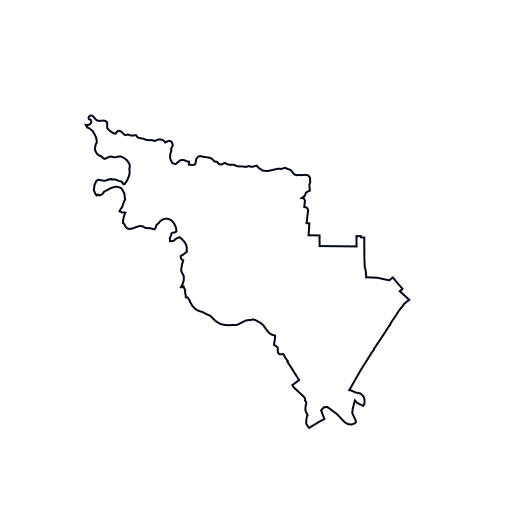 Adjud, Vrancea, Romania, rotated 158°
{"feature_id": "2599482B44927055134787", "entity_name": "Adjud", "entity_type": "district", "adm_level": 2, "iso_a3": "ROU", "parent_name": "Romania", "parent_adm1": "Vrancea", "projection": "albers", "projection_center": [27.21, 46.112], "detail": "fine", "context": "isolated", "style": "outline", "palette": "ink", "viewbox_px": 512, "rotation_deg": 158, "n_neighbors": 0, "source": "geoboundaries", "source_scale": "gbopen_adm2", "svg_char_len": 6121}
<svg xmlns="http://www.w3.org/2000/svg" viewBox="0 0 512 512"><g transform="rotate(158 256 256)"><path d="M348.1,439.1L351.6,440.4L352.0,440.7L352.9,441.8L353.5,442.8L354.6,446.2L355.4,447.6L356.3,448.1L357.5,448.2L358.4,447.8L359.3,447.1L359.7,446.1L359.6,445.4L359.3,445.0L358.7,444.7L358.2,444.2L358.1,443.4L358.5,441.9L359.2,441.1L360.8,440.4L362.1,440.3L362.9,440.4L364.7,441.3L364.4,438.5L362.3,436.2L360.7,433.1L360.4,431.9L360.1,429.4L359.9,425.8L360.0,424.9L360.4,423.1L361.1,420.8L362.2,420.1L363.2,419.0L365.3,415.7L365.6,414.6L365.3,411.3L365.2,410.5L364.1,408.4L361.8,406.0L361.2,404.3L360.2,402.9L359.4,402.7L354.8,402.9L353.9,402.8L352.6,402.2L351.9,401.5L349.6,400.2L347.2,399.9L344.8,399.3L343.4,398.3L341.9,396.6L340.0,393.6L339.7,392.6L339.1,390.3L339.0,388.2L339.2,387.0L339.8,385.7L340.9,384.1L341.5,381.7L342.5,379.6L343.5,378.1L347.2,374.3L350.9,371.9L351.3,371.9L351.7,372.0L352.1,372.4L352.2,372.8L352.4,374.3L352.6,375.1L353.1,375.6L354.2,376.4L355.0,376.8L356.8,378.8L358.5,380.1L360.9,380.7L361.1,381.6L361.6,381.8L363.0,381.7L363.6,382.2L364.3,382.3L365.1,382.1L368.1,382.4L371.0,384.0L373.1,385.6L375.6,385.5L376.6,384.9L377.6,383.7L379.2,382.4L380.2,380.2L381.0,379.4L381.7,377.4L381.6,373.5L381.5,372.9L381.0,371.8L379.8,372.3L379.1,371.8L378.5,370.8L377.1,370.8L375.5,370.9L374.0,371.6L372.9,372.5L372.2,372.6L365.3,373.3L362.3,373.1L359.6,372.6L358.9,372.3L357.1,370.9L355.8,369.6L355.5,369.1L355.1,367.7L354.9,366.0L354.7,363.4L355.0,361.8L356.0,358.8L355.9,358.1L356.3,357.2L357.6,356.3L360.1,353.5L361.2,352.0L364.0,350.1L365.8,348.5L363.5,346.2L362.1,346.0L360.8,345.1L362.2,343.8L364.5,341.2L365.2,339.6L366.1,338.8L366.3,337.9L366.9,336.4L366.2,335.0L366.1,333.6L365.7,331.1L364.5,329.3L363.3,328.5L360.4,327.8L357.5,327.7L356.4,327.8L355.3,327.6L353.1,327.5L352.2,327.2L349.8,325.8L348.0,323.4L343.9,321.5L340.1,318.7L338.4,319.9L336.6,322.1L334.3,322.8L331.4,324.3L330.6,324.5L328.3,324.8L326.1,324.5L324.7,324.0L323.0,322.9L321.9,321.7L321.0,320.5L320.4,319.1L319.9,317.2L319.6,314.7L319.6,312.2L319.8,311.1L320.7,308.5L322.5,308.3L324.7,308.8L325.9,308.6L327.3,306.6L329.2,305.0L330.2,301.9L327.6,301.1L326.4,301.0L324.0,301.9L322.8,302.1L319.7,302.0L318.0,298.6L316.9,295.3L316.6,291.4L317.1,289.8L318.5,285.9L323.2,284.5L324.6,284.5L325.8,284.2L326.1,283.5L326.4,281.6L326.3,280.9L325.9,280.0L325.1,279.2L327.9,275.7L328.4,274.7L330.0,272.3L330.7,271.0L330.9,269.6L330.8,267.3L330.6,266.0L330.5,265.2L330.8,263.5L331.3,262.3L332.1,260.6L333.3,259.0L334.5,257.6L337.3,255.1L337.0,254.9L335.2,254.9L334.6,255.0L334.5,254.9L334.7,253.3L334.5,251.6L334.7,250.3L335.5,248.4L335.9,245.8L336.6,244.1L336.4,243.7L336.0,243.6L335.1,243.4L334.8,242.9L334.3,240.3L334.3,237.9L333.8,234.7L333.8,233.8L332.3,230.1L331.1,228.0L328.1,225.2L327.5,225.0L323.2,220.1L321.2,218.2L320.4,216.8L317.9,211.0L316.1,208.3L314.9,206.9L313.6,205.6L310.6,203.7L307.3,202.1L302.4,200.4L300.9,199.7L299.2,199.2L289.8,200.0L286.8,199.4L285.2,198.7L282.8,198.4L280.8,197.1L277.0,192.4L275.5,189.7L275.1,188.6L274.1,184.4L272.8,180.1L272.4,179.3L270.8,177.1L268.2,175.1L268.7,173.5L272.6,166.9L270.8,164.3L270.2,162.7L271.6,159.4L271.7,158.7L271.7,157.8L271.2,156.4L270.7,155.9L270.3,155.7L267.5,154.9L267.2,154.1L266.9,150.3L265.9,146.6L266.5,146.4L262.5,124.8L270.7,122.7L269.9,118.8L269.6,118.7L264.6,108.1L263.8,105.5L264.7,103.6L264.3,102.3L264.4,100.9L266.0,98.6L267.2,96.4L268.0,94.2L268.1,92.3L267.8,90.8L267.8,89.1L268.9,88.1L270.0,86.5L271.3,83.9L272.2,81.9L272.0,79.8L271.6,78.4L271.2,78.0L271.1,76.7L259.7,78.6L253.6,79.3L253.5,88.4L249.8,90.3L246.4,89.3L240.1,79.0L236.6,70.0L235.6,67.9L233.2,65.3L230.6,64.0L229.0,63.8L227.2,63.9L225.7,64.4L225.3,65.1L225.3,67.5L225.6,74.3L223.6,78.1L218.4,85.0L217.6,82.7L216.7,81.3L212.7,76.9L211.0,78.2L209.9,80.5L209.1,82.7L208.9,84.7L209.2,86.3L210.1,88.4L211.1,89.7L214.8,92.2L217.5,95.0L219.7,96.7L202.5,110.3L184.2,123.6L181.8,124.9L181.1,125.9L164.9,136.9L159.1,141.1L158.1,141.7L157.4,141.8L157.2,142.1L157.1,142.4L155.8,143.6L148.7,148.3L144.1,151.7L140.1,153.9L136.2,156.3L130.3,158.0L135.9,169.5L133.4,170.2L132.5,170.8L135.1,178.2L137.2,184.9L141.5,183.5L151.7,190.4L160.9,194.6L161.9,194.9L161.1,196.8L159.6,202.1L159.3,205.1L155.9,214.5L148.7,232.6L151.7,233.9L151.8,234.1L151.4,235.2L155.4,236.8L159.2,227.2L193.3,241.4L189.4,251.3L199.5,255.5L194.3,266.3L196.8,267.5L190.4,279.2L190.4,279.5L190.5,280.5L190.8,281.7L191.2,282.2L192.9,283.3L189.9,289.0L190.1,291.8L191.8,292.6L189.5,293.3L188.3,293.4L186.2,295.8L186.0,296.0L183.7,296.4L181.5,296.4L180.1,301.6L177.7,304.8L177.5,306.3L176.8,307.4L176.7,309.0L177.1,310.5L177.9,311.6L179.9,312.8L184.2,314.2L185.5,314.9L187.8,315.6L189.4,316.7L190.4,318.5L191.4,322.1L191.8,322.9L194.0,324.8L196.0,326.9L200.3,327.3L201.1,328.0L203.6,328.8L211.2,330.0L213.4,330.5L214.9,331.1L218.1,332.9L218.9,334.5L220.3,336.3L221.6,339.6L226.3,340.1L227.9,341.2L228.4,341.8L229.3,342.1L231.2,342.2L232.7,342.8L235.7,344.5L237.1,344.9L239.8,346.3L240.7,347.0L241.9,348.5L243.6,349.5L245.7,350.1L246.7,350.9L247.9,351.5L248.7,352.2L249.8,353.9L250.8,354.0L253.4,353.7L254.9,354.4L255.7,355.0L256.5,356.4L256.8,357.7L257.7,358.4L258.9,359.0L260.4,362.4L261.1,363.5L263.4,365.3L266.9,367.2L270.4,369.6L272.2,369.8L272.7,369.7L274.0,368.8L275.0,368.4L277.6,364.3L278.3,363.8L279.4,363.7L280.2,363.9L284.0,365.8L282.8,368.5L284.0,369.2L286.9,371.9L287.6,372.3L289.5,373.0L291.0,373.0L296.1,371.3L298.7,373.4L299.1,376.9L298.9,379.0L298.6,380.1L297.4,382.3L296.6,383.6L295.0,385.3L295.0,385.9L294.1,387.8L292.9,388.5L291.8,389.7L291.4,391.6L291.5,393.4L292.4,394.6L293.3,395.2L294.2,395.5L297.6,395.2L297.8,396.4L299.1,398.4L299.8,399.1L301.3,400.1L302.8,400.6L306.8,400.6L307.5,401.1L309.1,402.5L312.0,403.5L314.1,404.7L315.1,405.5L315.9,406.5L320.5,409.5L321.3,410.4L322.0,413.0L326.0,414.1L327.2,414.8L328.9,416.4L329.5,416.7L331.4,416.8L332.5,417.7L334.3,421.6L335.9,423.3L336.8,423.7L337.5,423.6L339.8,422.5L340.3,422.0L342.0,423.1L344.0,425.8L345.2,428.0L346.1,430.2L344.2,435.0L344.1,435.7L344.5,436.8L345.2,437.7L346.1,438.4L346.9,438.8L348.1,439.1Z" fill="none" stroke="#020617" stroke-width="2"/></g></svg>